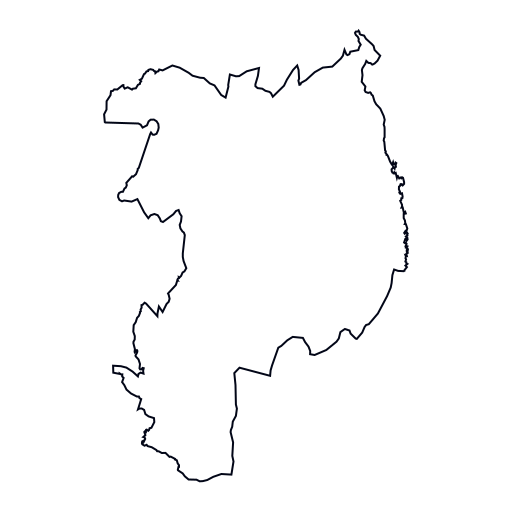 Central Tongu, Volta, Ghana (Equal Earth projection)
{"feature_id": "2480657B36678414015123", "entity_name": "Central Tongu", "entity_type": "district", "adm_level": 2, "iso_a3": "GHA", "parent_name": "Ghana", "parent_adm1": "Volta", "projection": "equal_earth", "projection_center": [0.611, 6.166], "detail": "fine", "context": "isolated", "style": "outline", "palette": "ink", "viewbox_px": 512, "rotation_deg": 0, "n_neighbors": 0, "source": "geoboundaries", "source_scale": "gbopen_adm2", "svg_char_len": 6007}
<svg xmlns="http://www.w3.org/2000/svg" viewBox="0 0 512 512"><path d="M404.3,271.6L404.5,270.1L406.9,267.1L405.4,265.6L407.3,264.0L406.4,263.6L406.4,262.3L405.4,261.6L406.1,259.3L405.5,258.3L405.9,256.3L405.5,255.3L406.8,255.8L406.3,253.8L407.7,252.9L406.8,251.8L406.7,250.2L406.9,249.8L407.7,250.6L407.9,249.4L407.2,249.3L407.3,248.3L406.0,247.7L407.3,246.3L406.5,246.0L405.2,247.0L406.6,243.8L405.8,242.7L404.9,243.1L404.1,242.5L405.3,239.0L406.3,239.0L406.8,240.5L407.6,239.4L407.3,237.7L406.5,237.6L405.8,236.5L407.4,235.5L407.1,234.5L407.7,233.7L407.1,232.7L405.6,232.9L404.8,233.7L404.2,232.9L405.6,230.8L406.4,231.1L407.3,228.5L405.9,224.2L404.8,224.0L405.3,223.2L404.9,220.4L403.7,218.1L403.7,214.0L405.8,213.5L405.2,211.8L403.9,212.9L402.7,207.5L401.5,207.6L402.1,206.3L402.0,204.7L400.2,200.8L401.3,199.9L401.3,198.3L402.4,198.0L402.6,196.4L402.0,193.3L400.5,193.8L400.2,192.6L399.7,193.1L399.3,192.6L399.8,191.4L398.9,189.3L399.0,186.6L399.8,186.2L400.6,184.1L401.6,184.1L401.6,184.9L402.6,185.5L404.1,183.9L404.1,182.1L403.0,177.8L402.3,177.4L401.5,178.1L401.3,177.4L400.5,177.5L399.2,178.4L397.8,175.9L397.4,176.0L396.9,177.8L395.7,172.9L395.1,173.2L394.4,172.3L393.7,174.3L393.7,173.1L392.4,172.6L391.7,171.1L391.6,169.3L393.3,167.5L393.2,166.8L394.6,168.6L394.9,167.2L395.9,166.8L395.6,165.0L396.3,163.1L395.7,162.7L395.5,163.9L394.2,165.0L394.7,163.8L393.4,163.3L393.1,162.2L392.7,163.2L393.5,164.0L392.7,165.0L392.0,164.8L390.1,161.6L388.0,156.2L387.2,154.9L386.5,154.9L386.3,153.6L385.4,152.7L385.8,151.3L385.1,150.4L384.3,141.8L383.7,140.6L384.0,138.3L384.6,137.3L384.6,129.3L384.5,126.9L383.7,124.6L384.7,119.8L383.7,116.0L380.3,108.6L376.2,104.3L374.5,101.3L372.8,95.6L371.5,94.6L371.0,93.2L370.1,92.3L368.2,92.9L365.6,92.0L364.7,90.3L365.4,86.5L361.7,81.8L362.5,75.2L361.9,70.1L362.4,68.3L365.2,63.9L366.3,60.9L368.4,62.9L370.6,63.1L372.2,64.6L372.7,64.5L374.6,63.5L377.5,60.7L380.2,55.7L374.6,50.0L373.6,46.0L372.2,44.4L365.9,38.7L364.1,35.6L360.7,34.7L359.7,33.9L359.5,32.1L358.6,30.7L358.1,31.5L355.8,31.6L355.0,32.9L355.8,34.9L357.8,36.8L358.8,39.0L358.5,41.0L360.7,44.7L359.3,46.9L358.3,50.1L350.3,51.7L349.4,54.2L347.5,55.1L346.4,54.4L344.5,49.8L342.9,55.7L340.8,58.6L332.3,66.6L322.8,67.6L314.7,72.2L306.0,80.1L301.2,82.8L300.4,84.5L299.4,84.8L298.4,80.6L299.1,78.7L298.6,70.0L297.2,65.5L293.0,70.0L286.9,79.7L284.0,85.7L272.8,96.7L271.0,93.2L269.5,91.9L265.4,90.8L262.3,88.7L257.6,88.1L255.4,86.2L255.4,84.3L257.9,75.9L259.0,68.0L246.7,71.3L239.2,76.1L236.0,76.3L229.9,74.5L228.2,85.0L228.4,86.6L225.6,97.6L221.2,95.0L214.5,85.4L209.8,83.4L203.8,78.0L200.0,77.7L192.5,75.7L188.7,72.8L179.7,67.7L172.4,65.5L162.6,70.4L159.2,69.5L158.4,71.3L157.3,71.4L155.4,73.1L155.1,71.3L153.9,70.9L153.2,69.9L150.5,69.2L148.4,69.9L148.1,71.1L146.5,71.4L145.0,73.6L144.0,74.1L141.9,78.7L139.8,79.9L141.2,81.2L140.0,82.8L140.0,83.8L137.9,84.9L135.9,88.3L132.9,88.7L132.0,89.6L127.7,87.3L124.7,88.6L123.5,86.7L123.4,85.1L122.6,85.2L117.3,89.5L114.2,89.4L112.8,90.9L111.0,91.2L110.5,95.2L106.6,101.2L106.5,109.6L104.1,114.3L104.8,122.1L105.3,122.5L138.4,123.5L140.7,124.7L142.6,127.6L147.0,125.3L148.6,121.4L150.6,119.7L153.9,119.6L156.6,121.3L158.3,124.0L158.7,127.6L158.1,130.3L156.5,133.8L154.1,134.8L152.6,134.6L151.0,132.5L150.2,134.0L138.8,167.9L137.7,168.9L137.7,170.1L136.0,174.2L133.2,176.7L132.1,176.3L126.3,182.9L126.8,185.2L125.8,187.6L124.5,188.5L122.9,191.8L121.3,191.8L119.1,193.0L118.2,194.9L118.1,197.1L119.4,199.9L122.0,201.3L124.2,200.5L131.6,201.6L137.4,199.1L144.1,212.3L148.3,218.2L150.6,215.3L154.4,214.0L157.7,215.2L159.8,218.4L160.9,221.2L163.0,222.0L173.3,214.3L176.1,210.9L178.6,210.0L179.7,213.3L181.6,216.2L181.0,221.5L179.7,224.9L180.4,228.4L182.4,231.4L183.9,232.6L184.8,235.1L182.8,253.3L182.8,257.0L183.6,261.1L186.3,268.2L184.4,271.4L182.6,272.5L181.1,275.9L179.4,277.6L178.8,277.2L178.9,278.2L177.9,278.7L177.4,279.8L177.8,280.5L177.3,280.4L175.9,285.0L168.0,293.5L168.7,294.8L169.6,298.8L168.7,301.8L166.6,303.9L162.6,312.0L158.9,306.5L157.5,313.3L157.4,316.2L146.1,303.6L144.6,302.7L142.6,304.8L141.5,305.1L141.6,307.7L140.6,309.6L140.8,311.3L139.9,312.0L140.0,313.0L138.8,316.0L137.1,317.8L135.7,322.2L133.7,325.1L133.3,331.7L134.8,336.1L134.7,339.5L133.5,341.7L133.4,343.2L134.9,349.1L134.6,351.9L134.8,352.3L136.2,350.3L136.9,350.1L137.4,351.0L137.1,352.5L135.5,355.5L135.7,356.4L138.5,359.4L140.0,364.0L139.5,368.3L140.1,369.3L141.4,369.3L142.6,367.9L143.7,368.2L143.1,370.8L143.5,373.6L140.6,372.6L138.5,373.9L137.9,376.4L132.6,371.6L126.4,367.6L120.9,366.2L113.1,365.7L113.3,372.7L119.6,373.9L119.6,373.4L121.3,374.5L122.3,374.4L122.2,376.5L123.6,377.9L122.1,382.1L124.3,385.1L126.5,389.6L131.0,393.5L136.8,396.5L138.9,396.5L139.5,398.1L141.2,399.1L138.0,409.4L139.3,408.6L141.7,408.5L144.1,409.9L145.4,414.1L148.6,416.4L154.0,418.1L154.3,422.1L151.4,427.8L149.6,428.2L149.1,429.9L148.2,430.8L146.7,429.6L146.1,429.8L145.9,432.0L144.8,431.4L144.3,432.0L145.4,435.1L143.3,437.0L144.6,437.4L145.2,438.9L143.8,441.7L143.5,440.7L142.2,441.4L141.9,443.2L142.3,444.3L144.5,445.7L146.6,444.8L147.6,446.1L151.7,447.2L156.5,450.1L157.1,451.2L158.7,451.3L161.8,453.0L165.5,452.9L169.5,456.9L170.7,456.6L175.1,458.9L175.0,459.5L176.8,460.3L177.7,463.4L179.0,465.2L179.0,466.8L178.5,466.8L177.8,469.8L178.0,470.3L182.7,473.4L184.8,476.3L188.6,479.5L196.5,479.7L199.7,481.3L202.9,481.1L207.3,480.0L213.3,476.8L221.4,474.0L231.4,474.6L233.5,461.5L232.3,455.9L233.1,442.4L230.6,432.1L230.9,430.0L232.2,426.8L232.8,421.6L235.9,415.9L236.9,408.6L235.9,404.5L235.5,385.1L234.3,373.1L239.5,367.7L270.1,375.8L270.6,370.4L272.1,365.3L278.3,347.7L281.3,345.9L287.3,340.3L292.7,336.9L302.9,337.9L305.1,342.1L308.5,346.6L310.2,351.0L310.1,354.2L314.6,355.0L326.3,350.0L336.5,341.7L338.8,338.5L340.4,332.1L344.8,329.0L349.5,330.5L350.6,333.6L355.7,338.6L356.8,338.9L362.2,332.6L364.6,327.0L366.1,325.0L368.8,324.2L377.9,313.5L387.1,296.1L390.7,287.6L391.6,283.1L392.4,275.1L394.1,269.5L398.1,270.9L404.2,271.2L404.3,271.6Z" fill="none" stroke="#020617" stroke-width="2"/></svg>